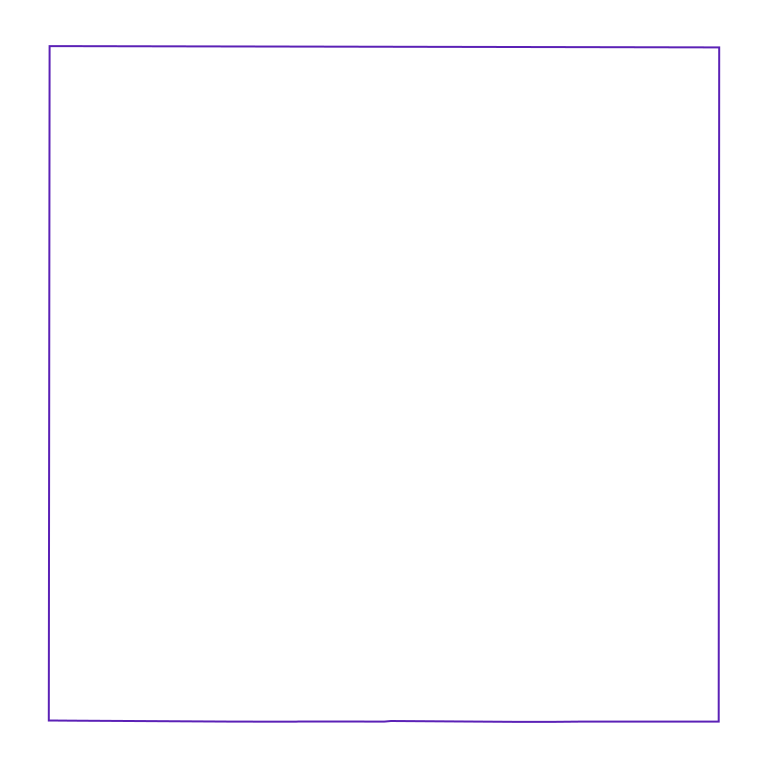 outline of Jefferson, Nebraska, United States of America
{"feature_id": "52423323B41308713278653", "entity_name": "Jefferson", "entity_type": "district", "adm_level": 2, "iso_a3": "USA", "parent_name": "United States of America", "parent_adm1": "Nebraska", "projection": "mercator", "projection_center": [-97.192, 40.176], "detail": "fine", "context": "isolated", "style": "outline", "palette": "violet", "viewbox_px": 768, "rotation_deg": 0, "n_neighbors": 0, "source": "geoboundaries", "source_scale": "gbopen_adm2", "svg_char_len": 323}
<svg xmlns="http://www.w3.org/2000/svg" viewBox="0 0 768 768"><path d="M48.8,720.5L49.0,720.5L75.9,720.7L76.8,720.7L232.3,721.6L295.7,721.7L298.8,721.5L326.1,721.5L384.3,721.6L391.0,721.0L521.5,721.9L549.4,721.9L581.4,721.6L718.7,721.6L719.2,47.4L49.6,46.1L48.8,720.5Z" fill="none" stroke="#5b21b6" stroke-width="2"/></svg>